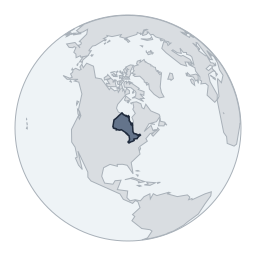 globe centered on Ontario
{"feature_id": "CAN-682", "entity_name": "Ontario", "entity_type": "Province", "adm_level": 1, "iso_a3": "CAN", "parent_name": "Canada", "parent_adm1": "", "projection": "orthographic", "projection_center": [-83.246, 49.265], "detail": "fine", "context": "on_globe", "style": "filled", "palette": "slate", "viewbox_px": 256, "rotation_deg": 0, "n_neighbors": 0, "source": "natural_earth", "source_scale": "10m", "svg_char_len": 12599}
<svg xmlns="http://www.w3.org/2000/svg" viewBox="0 0 256 256"><circle cx="128" cy="128" r="113" fill="#eef3f6" stroke="#a8b0b8"/><path d="M141.8,239.8L143.1,239.5L147.5,237.9L152.0,231.1L150.0,229.7L141.7,228.5L131.9,220.7L134.8,216.5L132.5,214.6L140.0,207.7L137.8,201.5L135.2,200.7L132.6,203.4L123.3,199.3L119.9,193.9L91.0,181.0L87.9,177.2L87.8,172.1L77.9,151.1L82.3,169.5L78.5,165.1L75.4,158.0L77.2,157.2L75.1,147.2L71.7,142.1L71.5,129.4L78.3,115.9L79.4,119.1L80.9,115.7L79.6,111.5L78.4,109.7L81.9,94.0L78.8,82.1L74.3,81.0L78.0,79.3L67.1,79.3L63.1,75.5L69.8,78.2L72.2,77.3L70.6,73.9L72.6,72.3L73.1,69.8L75.7,68.3L79.4,70.2L81.2,69.3L79.9,67.0L81.8,64.2L83.3,67.7L86.7,63.2L93.5,66.2L95.5,77.8L101.4,78.9L109.3,89.7L110.7,87.7L114.6,90.9L117.8,89.8L118.3,92.3L120.3,89.3L119.2,87.2L119.7,85.2L121.5,84.4L122.5,87.5L121.8,88.3L123.0,88.8L122.7,90.7L123.9,89.3L124.9,93.2L126.5,88.3L129.4,90.6L129.4,93.5L126.0,94.5L117.6,104.5L116.5,108.2L118.4,112.1L129.1,116.4L129.3,120.1L132.1,124.1L133.5,121.4L131.9,117.3L135.3,113.4L132.8,109.2L133.8,107.1L132.7,102.4L136.5,101.8L140.9,103.8L142.0,107.7L144.0,108.8L145.8,104.2L150.8,110.9L159.1,114.4L160.0,116.4L156.4,121.7L148.9,123.8L144.2,131.5L151.0,125.3L153.1,130.8L155.0,131.3L157.0,130.4L157.7,127.9L159.2,129.7L153.1,136.2L151.6,134.7L153.6,132.6L150.0,133.7L145.9,138.6L147.3,141.2L139.7,146.5L140.6,148.5L139.4,151.0L138.5,147.3L140.0,154.1L131.2,162.4L133.1,173.8L127.2,165.3L122.7,164.3L117.2,164.4L117.4,166.3L110.0,164.4L103.6,167.7L101.7,176.3L104.6,183.1L112.9,184.2L115.1,180.7L121.0,180.2L117.3,189.6L127.7,191.0L126.9,197.6L130.0,200.8L135.1,199.7L140.4,200.8L144.0,196.7L149.9,193.8L150.3,199.0L153.3,193.7L156.8,195.6L168.3,192.4L167.5,193.9L177.3,196.6L187.4,194.9L189.8,197.1L188.6,199.7L192.0,198.5L192.0,199.8L205.1,193.8L211.3,191.8L210.8,195.8L205.0,203.8L198.3,214.0L187.5,221.9L183.8,225.1L173.7,230.9L167.2,233.3L168.1,233.2L165.6,234.2L157.8,236.6L149.9,238.5L141.8,239.8ZM26.4,128.5L27.2,126.5L27.3,128.9L26.4,128.5ZM27.3,124.5L27.1,125.3L27.1,124.4L27.3,124.5ZM27.1,123.3L27.2,124.1L26.9,123.4L27.1,123.3ZM26.7,122.0L26.9,122.6L26.7,122.0ZM132.7,177.6L144.7,181.6L138.1,182.9L139.3,181.9L136.3,180.1L130.6,178.5L124.8,179.7L132.7,177.6ZM26.5,119.5L26.5,118.8L26.8,119.2L26.5,119.5ZM137.5,171.1L135.5,170.8L137.5,170.6L137.5,171.1ZM77.5,109.2L79.4,111.6L79.8,116.1L78.0,114.2L77.5,109.2ZM77.1,101.0L78.6,101.6L76.7,105.0L76.5,103.6L77.1,101.0ZM70.6,80.7L71.7,82.4L69.9,81.3L70.6,80.7ZM72.7,69.7L71.7,69.8L72.3,68.5L72.7,69.7ZM130.7,103.1L131.7,102.8L131.3,103.8L130.7,103.1ZM129.2,101.4L128.2,102.9L127.3,102.3L128.0,101.4L129.2,101.4ZM76.9,65.0L78.3,63.1L77.5,65.4L76.9,65.0ZM130.7,99.8L126.0,101.1L124.5,100.1L125.9,96.0L130.7,99.8ZM79.4,62.1L82.6,57.5L80.7,57.1L87.8,55.8L82.8,60.0L82.2,62.9L81.2,61.6L79.4,62.1ZM118.1,86.9L119.4,89.1L116.7,88.0L118.1,86.9ZM116.3,86.7L107.3,86.6L106.4,83.2L109.6,83.8L107.0,80.1L110.9,78.4L113.2,80.1L113.0,82.6L114.6,80.1L116.3,86.7ZM91.3,55.9L92.6,55.2L91.9,56.3L91.3,55.9ZM119.7,84.3L118.0,84.6L117.0,81.6L120.3,80.6L119.6,81.8L119.7,84.3ZM104.4,80.0L104.2,77.7L107.4,75.6L107.7,74.5L110.9,78.1L104.4,80.0ZM120.7,82.1L122.0,80.2L124.0,80.9L121.4,83.9L120.7,82.1ZM115.4,81.2L115.1,79.8L116.3,80.3L115.4,81.2ZM132.0,82.8L130.0,83.0L129.3,81.4L132.0,82.8ZM122.3,79.4L121.6,79.2L121.1,78.6L122.4,77.5L122.3,79.4ZM112.9,76.4L114.2,76.1L111.7,74.9L114.0,73.4L115.7,76.1L115.9,74.4L116.6,73.9L117.2,76.6L112.9,76.4ZM122.2,74.8L125.1,77.9L129.0,77.8L129.7,79.2L123.3,79.1L122.2,74.8ZM119.2,75.6L121.2,75.4L121.1,77.1L119.6,78.3L119.2,75.6ZM114.9,71.5L111.0,73.0L110.8,72.4L114.9,71.5ZM123.3,74.4L122.6,73.7L123.6,74.2L123.3,74.4ZM117.5,72.0L116.2,72.6L115.9,71.8L117.5,72.0ZM122.2,71.8L123.2,72.7L122.2,73.6L122.2,71.8ZM120.1,71.6L120.1,70.4L121.3,73.3L119.5,71.9L120.1,71.6ZM117.5,71.2L116.9,71.0L118.1,71.1L117.5,71.2ZM125.3,68.2L127.1,71.5L125.0,73.3L123.5,69.8L125.3,68.2ZM82.7,24.9L82.8,24.8L86.4,23.3L86.5,23.4L91.9,21.3L92.2,21.3L96.3,19.9L95.7,20.1L103.4,18.1L111.2,16.6L119.1,15.7L127.0,15.4L134.9,15.6L142.8,16.3L150.7,17.7L158.4,19.5L165.9,21.9L173.3,24.9L180.4,28.3L187.3,32.3L193.9,36.7L200.2,41.5L201.4,42.6L209.2,49.9L216.2,58.0L215.9,58.2L214.5,56.8L214.4,56.7L216.8,59.4L216.1,59.3L218.2,60.5L222.8,67.1L226.9,74.1L230.5,81.4L233.6,88.9L236.2,96.6L238.1,104.4L239.6,112.4L240.4,120.5L240.3,119.5L240.2,119.3L240.3,123.8L239.9,123.6L239.7,126.0L236.6,144.1L234.1,146.1L227.2,143.4L226.6,136.7L223.7,132.5L217.2,100.3L219.0,96.5L217.4,80.1L217.8,78.7L221.4,82.7L223.0,75.2L219.5,69.8L217.5,62.7L214.0,56.9L206.7,50.5L212.4,59.7L210.0,59.4L202.7,50.2L197.2,42.8L196.1,42.5L196.7,45.8L192.6,43.0L196.6,47.0L197.1,46.2L199.7,48.8L199.4,49.7L197.9,48.6L198.7,50.8L205.5,55.8L206.7,55.6L210.7,62.7L213.1,63.0L215.3,65.7L211.9,66.2L210.0,65.0L206.1,68.7L208.5,70.6L212.3,67.3L212.4,68.9L215.6,71.8L213.2,70.9L208.5,74.3L210.1,81.8L217.3,94.7L217.2,99.4L214.8,102.3L207.1,95.2L208.2,85.6L205.5,83.3L200.9,83.9L201.6,81.0L199.9,80.2L199.9,76.8L195.6,71.1L194.9,67.7L189.1,64.8L188.0,62.8L191.8,65.0L194.0,64.9L191.9,57.1L190.2,55.4L186.6,54.3L186.5,52.5L183.3,52.4L180.0,48.1L181.3,53.4L177.1,52.6L172.9,49.8L171.8,50.6L178.6,55.1L181.1,56.1L182.9,55.4L190.0,59.4L191.7,62.3L185.1,62.0L186.7,66.1L180.9,64.4L166.0,52.7L161.8,48.4L163.7,41.7L167.0,42.6L168.0,45.5L170.9,43.1L168.8,43.1L168.7,41.7L164.7,40.9L164.4,39.9L161.0,40.9L160.2,39.6L162.4,39.0L155.7,36.9L153.0,34.4L151.6,34.5L150.9,35.3L147.9,31.7L147.0,32.0L147.7,33.2L146.3,34.5L142.8,35.5L142.0,34.2L143.1,33.7L144.3,30.8L147.5,29.7L146.7,29.3L143.8,29.9L142.4,33.4L140.5,34.4L140.7,32.6L140.5,33.3L139.3,33.4L137.3,32.4L136.9,34.4L124.8,38.2L119.8,36.8L121.3,34.6L112.0,36.6L107.0,35.5L107.6,36.5L103.6,38.5L105.1,38.9L105.0,39.6L95.3,45.5L92.4,46.1L88.9,50.4L89.2,51.0L91.2,50.7L87.8,55.8L80.7,57.1L80.3,55.7L76.1,57.7L75.9,54.1L73.8,52.3L76.0,47.5L74.2,46.7L72.7,47.7L69.1,47.4L66.6,44.0L75.0,42.5L80.0,47.9L78.5,45.2L80.7,44.6L81.4,43.0L80.2,41.4L78.9,41.9L86.7,34.2L87.6,29.3L82.9,32.0L79.5,32.7L76.5,30.7L83.7,24.6L79.3,26.5L79.0,26.6L82.7,24.9ZM223.1,112.4L224.2,114.0L223.1,112.4ZM193.9,37.5L189.0,33.7L187.0,33.3L184.9,31.9L185.0,32.4L186.9,33.4L186.4,34.6L182.8,32.4L181.2,32.2L182.8,33.5L189.5,37.4L190.2,35.5L193.1,37.3L193.9,37.5ZM168.7,192.3L170.1,192.8L168.3,193.4L168.7,192.3ZM137.4,185.4L139.8,185.3L141.1,186.0L139.3,186.5L137.4,185.4ZM157.7,182.4L160.4,182.3L157.6,183.4L157.7,182.4ZM146.5,182.0L155.5,182.7L150.0,185.4L144.3,184.9L148.2,183.9L146.5,182.0ZM136.6,174.8L138.2,175.1L137.8,176.2L136.6,174.8ZM139.0,171.0L138.4,171.1L137.5,170.3L139.0,171.0ZM153.4,130.4L154.0,129.9L156.1,129.6L155.3,130.8L153.4,130.4ZM164.7,122.2L166.9,125.2L164.7,123.8L164.0,125.9L158.5,125.8L160.1,117.4L160.4,121.2L164.7,122.2ZM151.7,123.6L155.0,124.4L151.3,123.9L151.7,123.6ZM190.4,79.8L191.8,78.8L193.9,80.5L194.7,85.4L191.7,82.9L190.4,79.8ZM193.3,77.0L186.6,75.7L185.8,72.8L187.4,74.6L187.5,72.8L190.1,75.3L195.9,74.1L198.1,75.6L198.4,83.4L197.1,79.9L195.8,81.0L193.3,77.0ZM170.8,79.3L167.8,79.2L169.9,73.0L172.4,73.8L173.4,78.6L171.0,80.4L170.8,79.3ZM134.0,92.5L132.8,93.3L132.5,92.4L133.3,91.0L134.0,92.5ZM131.2,83.0L139.2,88.4L138.2,89.5L144.1,91.6L143.8,95.4L139.9,93.9L144.1,98.5L140.4,98.6L143.6,101.5L135.0,97.7L132.0,98.1L135.6,96.1L136.0,92.6L135.3,91.2L130.9,87.7L124.4,87.2L123.8,83.9L125.1,81.6L126.6,81.2L126.5,83.5L128.5,81.3L129.5,84.3L131.2,83.0ZM140.6,60.1L139.9,62.4L144.1,59.5L145.2,62.1L145.6,61.6L147.7,63.3L150.9,64.6L150.9,65.9L152.2,65.8L153.6,67.0L155.4,67.4L155.9,70.0L158.1,70.7L157.1,71.5L160.8,72.1L158.3,72.8L159.9,74.6L161.5,73.0L160.2,86.9L161.5,92.5L164.0,96.9L159.4,97.9L154.2,94.4L149.4,89.1L148.7,83.7L146.8,85.2L145.9,83.1L147.8,82.8L144.3,82.1L144.1,80.3L139.8,76.2L134.9,76.5L133.2,75.2L135.0,74.2L132.0,73.5L134.2,70.7L133.1,69.7L134.1,66.1L138.2,64.9L136.6,63.9L137.3,61.2L140.6,60.1ZM125.7,67.1L130.4,64.9L133.3,65.3L130.3,71.5L131.1,72.8L129.3,77.0L125.1,76.4L126.0,75.2L125.9,74.0L127.3,74.6L126.1,73.1L127.3,71.5L126.8,70.0L128.5,69.6L125.7,67.1ZM216.2,75.8L216.1,74.5L215.4,72.3L217.4,74.2L216.2,75.8ZM213.0,78.2L212.7,76.8L215.2,78.2L215.3,79.6L213.0,78.2ZM210.3,75.0L212.4,76.6L211.3,76.6L210.3,75.0ZM191.2,63.7L190.5,62.3L191.3,62.4L192.6,63.4L191.2,63.7ZM153.3,52.9L152.4,54.0L151.7,53.7L148.2,54.7L147.2,53.0L148.9,51.7L153.3,52.9ZM208.9,52.8L211.2,55.2L211.2,55.7L210.4,54.7L208.9,52.8ZM215.5,64.9L215.0,62.6L216.0,65.5L215.5,64.9ZM151.6,51.2L150.2,51.8L150.5,50.6L151.6,51.2ZM146.2,51.8L146.2,50.4L146.6,52.9L146.2,51.8ZM140.8,38.8L146.9,39.1L150.5,38.5L151.5,36.8L152.7,39.5L147.1,40.4L140.8,38.8ZM126.9,38.3L126.1,40.1L124.7,39.4L124.7,38.9L126.9,38.3ZM127.6,39.3L129.8,41.3L128.2,42.4L126.8,40.5L127.6,39.3ZM140.9,45.7L142.8,45.9L142.5,46.9L140.9,45.7ZM74.7,28.8L74.2,29.0L70.4,31.2L70.4,31.4L68.0,33.2L69.5,32.9L68.6,33.8L66.1,34.9L64.6,35.1L70.5,31.1L71.7,30.4L74.7,28.8ZM70.3,32.7L72.0,33.4L67.6,36.2L66.3,36.7L67.3,35.1L69.6,33.7L70.3,32.7ZM71.1,34.5L73.3,33.2L80.5,33.0L80.9,33.7L73.1,35.0L74.8,33.9L73.8,33.6L71.1,34.5ZM91.9,54.6L92.5,55.1L91.3,55.3L91.9,54.6ZM106.0,39.7L105.7,40.7L104.3,40.8L106.0,39.7ZM104.3,43.5L106.1,42.7L104.6,44.1L104.3,43.5ZM110.1,41.0L107.0,42.7L109.5,40.3L110.1,41.0Z" fill="#d9dde1" stroke="#a8b0b8" stroke-width="1"/><path d="M119.9,130.2L119.6,130.1L119.4,130.1L119.2,130.1L119.1,129.9L118.5,129.9L118.4,129.9L118.2,129.8L118.1,129.7L117.8,129.6L117.5,129.8L117.4,129.8L117.2,129.8L117.1,129.7L116.9,129.7L117.0,129.6L116.9,129.5L116.6,129.4L116.5,129.2L116.4,129.1L116.2,129.1L116.2,129.3L116.0,129.1L116.0,128.9L115.9,128.9L115.7,128.8L115.8,128.7L115.5,128.6L115.4,128.5L115.1,128.4L114.8,128.4L114.8,128.5L114.7,128.5L114.4,128.5L114.3,128.3L113.8,128.2L113.5,128.0L113.4,128.0L113.3,127.8L113.3,127.6L113.2,127.1L113.3,127.0L113.2,126.8L113.1,126.7L112.9,126.6L114.0,119.9L116.0,118.4L117.4,117.1L118.9,115.6L121.0,113.8L121.9,112.9L122.0,112.9L122.0,113.0L122.3,113.3L122.4,113.5L122.5,113.6L122.8,113.7L122.9,113.8L123.0,114.0L123.1,114.3L123.2,114.5L123.3,114.6L123.5,114.7L123.5,114.8L123.5,114.7L123.8,114.8L124.0,114.9L124.2,115.0L124.3,115.1L124.5,115.2L124.6,115.3L125.1,115.4L125.2,115.5L125.3,115.5L125.6,115.9L125.7,116.0L125.9,116.0L125.7,116.3L125.6,116.5L125.8,116.2L126.0,116.1L126.5,116.3L126.5,116.2L126.9,116.2L127.1,116.2L127.4,116.2L127.5,116.2L127.5,116.3L127.4,116.3L127.5,116.3L127.6,116.5L127.6,116.4L127.5,116.2L127.7,116.3L128.0,116.3L128.3,116.3L128.3,116.5L128.4,116.4L128.5,116.5L128.7,116.4L128.8,116.5L128.8,116.4L128.9,116.5L129.0,116.6L129.0,116.4L129.1,116.5L129.1,116.8L129.1,117.0L129.1,117.6L129.0,117.8L128.9,117.9L128.9,118.0L128.9,118.3L129.0,118.4L129.0,118.5L129.3,119.1L129.2,119.3L129.2,119.5L129.3,119.8L129.3,120.1L129.2,120.2L129.2,120.3L129.1,120.6L129.2,120.8L129.3,120.9L129.4,121.0L129.5,121.0L129.6,121.3L129.9,121.6L130.0,121.7L130.0,121.8L130.1,122.0L129.8,122.1L129.7,122.1L129.8,122.1L130.1,122.1L130.2,122.3L130.3,122.4L130.5,122.5L130.8,122.8L131.0,122.8L131.1,123.0L131.3,123.5L131.5,123.8L131.2,124.0L130.9,124.3L130.8,124.5L130.8,124.4L130.9,124.5L130.9,124.4L131.0,124.3L131.2,124.2L131.3,124.1L131.5,123.9L131.9,123.9L131.9,124.0L132.0,124.0L132.3,124.2L132.4,124.4L132.5,124.5L132.9,130.7L132.9,131.2L132.9,131.4L132.9,131.6L133.1,131.8L133.1,132.1L133.2,132.3L133.3,132.5L133.5,132.6L133.6,132.9L133.7,133.0L133.8,133.2L133.9,133.3L134.1,133.4L134.1,133.6L134.5,133.6L134.8,133.7L135.0,133.7L135.6,133.8L135.9,133.9L136.0,134.0L136.2,134.3L136.3,134.4L136.6,134.5L136.7,134.4L136.8,134.3L136.9,134.5L137.0,134.7L137.1,134.8L137.4,134.9L137.5,135.0L137.6,134.9L137.8,134.9L138.0,135.0L138.3,135.1L138.4,134.9L138.5,134.9L138.8,134.7L139.2,134.6L139.4,134.5L139.6,134.5L139.8,134.4L139.9,134.5L140.0,134.5L140.1,135.1L140.3,135.2L140.2,135.3L140.1,135.5L139.9,135.6L139.6,135.7L139.4,135.9L139.1,136.1L138.5,136.7L138.4,136.9L138.3,137.0L138.1,137.2L138.0,137.3L137.9,137.3L137.7,137.5L137.2,138.6L134.5,138.9L134.4,138.9L133.8,139.2L134.0,139.6L134.0,139.8L134.1,140.0L134.2,140.3L134.1,140.5L132.4,141.4L130.9,141.8L129.2,142.9L128.8,142.9L128.3,142.5L128.2,142.4L128.1,142.2L128.2,141.8L128.2,141.6L128.3,141.6L128.6,141.5L128.9,141.2L129.0,141.1L129.1,140.8L129.1,140.7L129.1,140.4L129.2,140.2L129.6,139.2L129.0,135.7L128.9,135.6L127.7,134.9L127.6,134.7L127.7,134.4L127.6,134.2L127.3,134.2L127.2,134.2L127.1,134.3L127.0,134.2L126.9,134.1L126.8,133.8L126.8,133.7L126.8,133.4L126.7,133.3L126.4,133.4L126.3,133.5L126.2,133.5L125.9,133.2L125.8,132.7L123.6,131.2L121.3,129.7L120.9,129.7L120.0,130.2L119.9,130.2ZM132.6,124.5L132.4,124.4L132.3,124.2L132.4,123.9L132.4,123.7L132.5,123.6L132.6,124.5Z" fill="#64748b" stroke="#1e293b" stroke-width="1.5"/></svg>